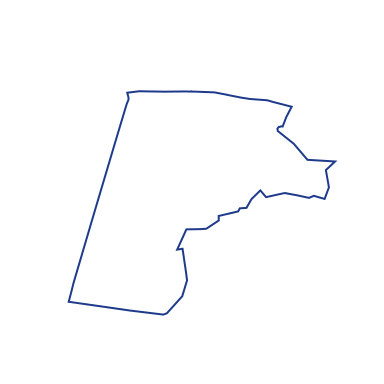 Bergen, New Jersey, United States of America (Mercator projection), rotated 256°
{"feature_id": "52423323B23677933151668", "entity_name": "Bergen", "entity_type": "district", "adm_level": 2, "iso_a3": "USA", "parent_name": "United States of America", "parent_adm1": "New Jersey", "projection": "mercator", "projection_center": [-74.048, 40.948], "detail": "fine", "context": "isolated", "style": "outline", "palette": "blue", "viewbox_px": 384, "rotation_deg": 256, "n_neighbors": 0, "source": "geoboundaries", "source_scale": "gbopen_adm2", "svg_char_len": 997}
<svg xmlns="http://www.w3.org/2000/svg" viewBox="0 0 384 384"><g transform="rotate(256 192 192)"><path d="M153.2,319.0L163.4,326.0L180.9,327.2L187.0,338.2L195.3,311.8L214.2,302.4L230.4,290.0L232.8,290.2L234.2,292.0L233.9,292.8L234.2,294.5L233.6,295.8L242.0,301.7L250.6,309.3L258.1,295.5L258.8,294.2L259.9,292.1L260.0,292.0L262.8,287.2L268.3,270.6L271.7,262.5L277.7,249.7L277.8,249.7L280.5,243.8L283.2,238.0L288.7,219.1L289.5,216.0L289.8,215.9L289.9,214.4L291.1,210.2L296.1,189.2L297.5,184.0L301.0,170.8L302.5,165.4L304.0,153.2L298.8,153.2L297.4,152.9L296.2,152.2L293.3,150.0L265.4,133.4L216.5,104.5L186.0,86.5L183.4,85.0L132.5,55.1L124.8,51.0L115.3,45.8L92.0,103.1L80.0,134.5L80.4,138.3L93.2,157.3L107.4,165.8L114.9,166.7L139.2,169.1L139.7,163.7L157.1,177.5L153.8,191.8L152.9,197.0L157.9,211.1L162.3,212.1L162.0,232.1L164.6,234.4L163.4,241.0L170.7,248.0L177.0,258.7L169.1,262.6L168.6,281.6L163.6,292.7L158.0,304.1L158.8,309.3L153.2,319.0Z" fill="none" stroke="#1e3a8a" stroke-width="2"/></g></svg>